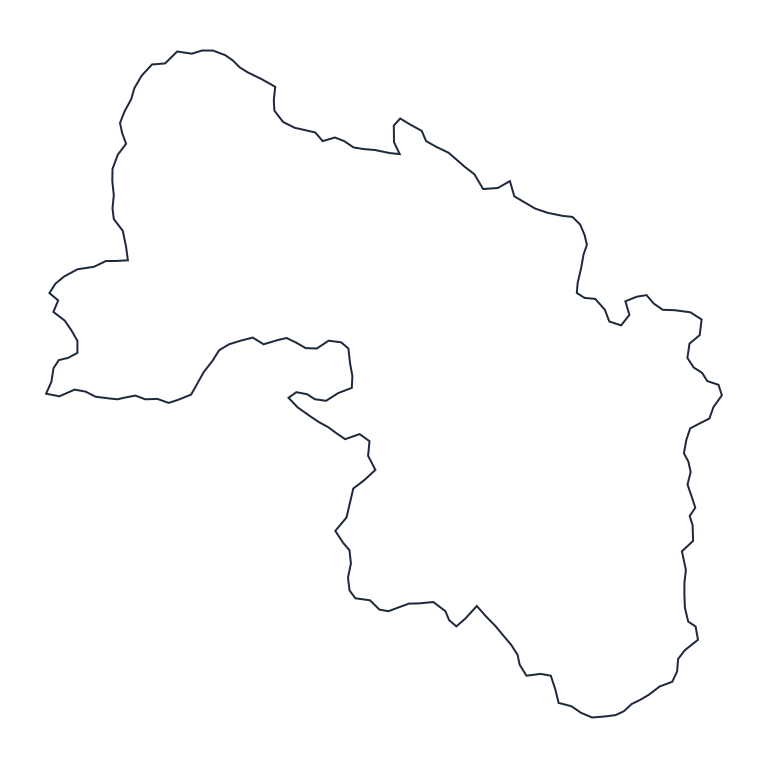 outline of Conceição do Pará, Minas Gerais, Brazil
{"feature_id": "56859067B72885282662281", "entity_name": "Conceição do Pará", "entity_type": "district", "adm_level": 2, "iso_a3": "BRA", "parent_name": "Brazil", "parent_adm1": "Minas Gerais", "projection": "orthographic", "projection_center": [-44.879, -19.79], "detail": "fine", "context": "isolated", "style": "outline", "palette": "slate", "viewbox_px": 768, "rotation_deg": 0, "n_neighbors": 0, "source": "geoboundaries", "source_scale": "gbopen_adm2", "svg_char_len": 2828}
<svg xmlns="http://www.w3.org/2000/svg" viewBox="0 0 768 768"><path d="M522.7,201.3L514.3,196.3L509.9,181.1L497.8,188.0L483.1,189.0L474.4,174.3L464.5,166.6L457.3,160.3L448.5,152.7L436.2,146.8L426.1,141.1L421.7,130.8L410.3,124.6L400.2,118.5L393.8,125.6L394.0,142.2L399.7,154.1L390.0,153.1L374.8,150.0L363.0,149.0L353.5,147.4L344.2,141.1L334.9,137.5L322.7,141.1L315.3,132.5L303.7,129.8L294.7,127.8L283.1,122.0L274.4,110.7L273.8,100.2L275.2,86.8L261.7,79.2L247.6,72.3L239.6,67.3L232.8,60.4L225.1,55.1L212.8,50.5L202.1,50.5L191.9,53.7L177.2,51.5L165.1,63.4L152.0,64.5L141.7,75.6L134.3,88.3L131.2,99.2L124.6,111.3L120.0,123.0L122.1,132.9L126.1,143.8L117.8,154.7L112.5,168.9L112.3,181.2L113.8,195.3L112.5,208.3L113.8,219.0L122.8,230.9L126.0,246.4L127.9,260.3L115.4,261.0L106.0,261.0L93.9,266.8L77.4,269.3L64.1,276.5L55.3,283.8L49.4,293.1L58.2,300.4L53.4,311.9L64.7,320.6L71.5,330.5L77.4,340.9L77.4,352.9L68.1,357.9L58.8,360.1L53.5,368.2L51.4,381.8L46.1,393.7L59.4,396.3L74.6,389.6L85.6,391.6L95.5,396.7L108.0,398.3L117.3,399.3L126.3,397.3L135.4,395.6L145.3,399.3L157.4,398.9L168.6,402.9L177.9,399.9L191.1,394.6L196.9,384.3L203.8,372.0L212.3,361.1L219.2,350.2L229.0,344.3L240.6,340.7L252.8,337.6L263.6,344.3L276.9,340.3L286.6,338.0L296.7,342.9L305.6,348.1L316.8,348.5L328.6,340.7L341.1,342.3L348.4,348.5L350.1,363.7L352.4,376.0L351.8,387.9L338.3,393.0L326.1,400.8L314.7,399.2L307.1,394.2L296.3,392.2L288.5,397.8L297.8,407.5L310.4,416.4L319.1,422.2L328.4,427.3L336.2,433.1L345.1,439.2L359.6,434.1L369.5,441.2L368.1,455.8L375.4,469.9L364.2,480.2L353.3,488.5L349.9,503.0L346.5,517.5L335.3,530.9L343.1,542.8L349.5,550.3L350.9,563.6L348.0,577.5L349.5,590.4L355.4,598.3L370.0,600.3L379.4,609.6L388.5,611.2L399.1,607.2L409.0,603.6L419.2,603.4L433.3,602.0L445.4,611.2L449.1,620.1L456.3,626.4L465.4,618.5L476.8,606.0L486.1,616.5L495.6,626.2L502.6,634.7L511.3,645.0L517.6,654.9L519.7,664.8L526.5,675.7L540.6,673.9L550.8,675.7L555.2,689.0L558.6,702.9L571.3,706.2L581.0,712.8L592.2,717.5L604.4,716.5L615.6,715.1L623.9,711.2L631.7,704.0L640.1,699.9L648.6,694.9L659.8,686.4L672.2,681.8L677.1,671.5L678.1,659.0L684.9,650.1L698.0,639.8L695.6,626.5L688.2,621.6L684.9,607.7L684.4,594.4L684.4,582.8L685.9,569.9L681.9,551.3L693.1,540.9L692.6,525.3L689.7,516.0L695.3,507.7L692.2,498.2L687.5,484.5L690.7,472.0L688.4,461.7L683.9,453.2L686.4,439.7L690.2,428.4L699.1,423.7L709.4,418.5L713.4,407.2L721.9,395.3L718.5,384.8L707.3,381.1L702.2,373.0L693.6,367.4L687.4,357.9L689.5,343.6L699.7,335.1L701.6,319.5L690.4,312.3L674.7,310.2L662.7,309.8L653.8,303.6L646.5,295.1L636.8,296.7L625.4,301.3L629.4,314.9L621.1,325.4L609.3,321.5L604.9,309.8L595.2,298.9L584.6,297.9L576.8,293.0L577.7,282.7L581.2,267.8L583.5,254.7L586.9,244.8L584.6,235.1L580.2,224.6L572.4,216.9L562.8,215.9L547.6,212.8L535.2,208.6L522.7,201.3Z" fill="none" stroke="#1e293b" stroke-width="2"/></svg>